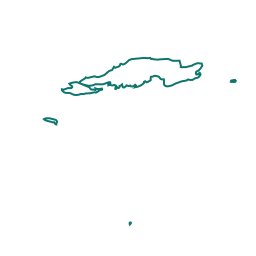 an SVG outline of Malaita, rotated 113°
{"feature_id": "SLB-1260", "entity_name": "Malaita", "entity_type": "Province", "adm_level": 1, "iso_a3": "SLB", "parent_name": "Solomon Islands", "parent_adm1": "", "projection": "orthographic", "projection_center": [161.217, -8.863], "detail": "fine", "context": "isolated", "style": "outline", "palette": "teal", "viewbox_px": 256, "rotation_deg": 113, "n_neighbors": 0, "source": "natural_earth", "source_scale": "10m", "svg_char_len": 3177}
<svg xmlns="http://www.w3.org/2000/svg" viewBox="0 0 256 256"><g transform="rotate(113 128 128)"><path d="M103.0,189.7L98.8,186.7L98.0,186.7L97.8,185.3L97.2,184.0L94.1,179.8L93.6,179.1L93.4,178.3L93.3,176.7L93.0,175.8L92.2,174.4L88.4,170.4L82.8,167.6L80.9,165.3L77.1,164.8L77.6,163.4L75.3,160.8L74.2,160.0L73.6,159.9L72.3,160.1L71.7,159.7L71.5,159.1L71.6,157.8L71.4,157.2L69.6,155.6L65.0,153.5L63.2,151.6L57.3,140.8L55.9,136.8L54.8,134.8L55.3,134.2L55.4,133.7L55.3,133.3L54.8,132.7L54.8,131.5L53.5,127.4L52.4,125.6L49.1,118.9L48.7,117.7L48.7,113.3L48.5,112.6L45.9,106.8L47.3,105.9L49.7,103.8L51.2,103.4L51.2,102.7L49.3,98.4L46.1,94.2L45.6,93.4L44.6,92.9L41.8,90.1L41.0,88.9L39.9,85.3L41.6,84.0L44.6,84.4L47.6,85.5L49.2,87.0L49.8,87.2L50.6,87.1L51.5,86.6L52.0,86.0L51.7,85.2L49.2,83.6L49.5,83.0L50.0,82.5L50.7,82.1L51.5,82.2L51.5,82.7L53.3,82.7L54.3,83.3L55.9,85.5L56.9,86.3L57.7,86.8L58.5,87.4L59.2,88.9L59.6,89.9L59.7,90.6L59.8,91.4L60.0,91.8L61.1,92.5L61.5,92.8L64.2,97.0L68.4,101.5L71.7,104.3L73.6,106.8L74.4,108.3L74.7,109.9L74.1,111.6L72.5,112.5L70.7,113.2L69.2,114.0L69.7,115.1L70.1,116.2L70.1,117.2L68.8,119.5L68.8,120.5L69.0,121.6L69.2,122.7L69.6,124.0L71.1,125.4L71.4,126.1L71.9,126.9L73.1,126.7L75.0,125.8L75.7,126.2L77.9,127.8L78.6,128.6L78.7,129.2L78.4,129.6L78.2,130.2L78.6,130.9L79.3,131.3L79.8,131.2L80.2,131.0L80.3,130.9L82.2,131.8L84.2,133.2L86.1,135.1L87.5,137.1L86.5,136.7L85.7,137.3L85.4,138.3L86.1,138.7L87.1,139.1L88.0,140.1L88.5,141.4L88.1,142.7L88.8,143.1L89.1,143.6L89.2,144.3L89.2,145.1L89.3,146.0L89.7,146.2L90.3,146.2L90.8,146.5L91.3,146.9L91.9,147.2L92.4,147.7L92.5,148.5L92.3,148.9L90.2,150.5L91.7,151.2L92.2,151.6L92.5,152.2L93.6,151.8L94.5,152.0L95.0,152.8L94.7,153.8L95.4,153.9L96.9,154.4L96.9,155.0L94.7,155.5L93.9,155.5L93.6,156.0L93.7,156.9L94.0,157.9L94.4,158.3L95.0,159.0L95.4,161.9L96.4,162.8L95.3,163.4L94.8,162.9L94.4,162.1L93.6,161.7L92.9,162.2L93.1,163.1L93.7,164.0L96.9,167.3L97.8,168.6L100.4,175.0L101.1,175.8L102.0,176.5L103.1,178.0L104.6,180.8L105.6,187.2L105.6,189.0L105.1,190.0L104.2,190.3L103.0,189.7ZM105.8,172.9L105.4,173.1L104.5,173.3L104.2,173.5L104.2,171.8L103.6,170.2L101.9,167.3L102.5,166.9L102.9,166.9L103.6,167.9L104.6,169.0L107.4,170.8L108.0,171.6L108.3,172.9L110.7,176.3L112.8,180.5L113.7,181.6L114.2,182.3L114.8,184.1L115.4,185.0L116.2,185.8L116.8,186.7L117.9,188.6L118.4,190.1L118.6,191.6L118.5,194.5L118.7,195.9L119.9,198.6L120.1,200.4L119.7,202.3L118.9,203.7L118.2,204.0L117.9,202.3L114.6,198.7L113.8,196.7L113.3,195.8L112.4,195.3L111.5,195.6L110.9,197.9L110.1,199.3L108.8,197.9L107.4,196.0L106.2,194.0L105.7,192.3L105.7,187.3L105.7,182.5L105.6,180.7L105.6,179.7L106.9,177.3L106.7,176.0L106.0,174.6L105.8,172.9ZM152.7,208.8L151.6,207.9L150.5,206.0L149.7,203.9L148.8,198.1L148.9,197.1L149.7,195.8L150.7,195.7L151.7,195.8L152.7,195.4L152.8,196.1L152.7,196.5L152.2,197.1L152.0,197.7L151.9,197.9L151.6,198.2L152.1,199.3L153.1,206.1L153.1,207.5L152.7,208.8ZM44.3,48.5L45.3,51.4L44.7,51.6L44.0,51.5L42.5,49.3L42.0,48.3L42.4,47.3L43.3,47.2L43.8,47.6L44.3,48.5ZM214.5,89.4L213.9,88.6L214.2,88.2L215.1,88.3L216.1,88.6L215.8,88.9L215.4,89.1L215.0,89.3L214.5,89.4Z" fill="none" stroke="#0f766e" stroke-width="2"/></g></svg>